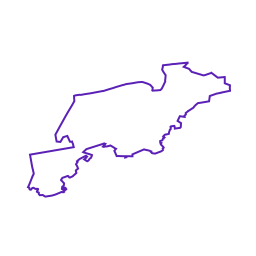 Sīļukalna pag., Riebinu, Latvia, rotated 353°
{"feature_id": "27541924B52460704255524", "entity_name": "Sīļukalna pag.", "entity_type": "district", "adm_level": 2, "iso_a3": "LVA", "parent_name": "Latvia", "parent_adm1": "Riebinu", "projection": "equal_earth", "projection_center": [26.662, 56.5], "detail": "fine", "context": "isolated", "style": "outline", "palette": "violet", "viewbox_px": 256, "rotation_deg": 353, "n_neighbors": 0, "source": "geoboundaries", "source_scale": "gbopen_adm2", "svg_char_len": 5128}
<svg xmlns="http://www.w3.org/2000/svg" viewBox="0 0 256 256"><g transform="rotate(353 128 128)"><path d="M69.2,167.8L71.3,166.3L71.0,164.3L71.1,163.7L73.5,162.2L73.0,160.2L72.0,157.6L72.5,157.1L72.6,156.9L73.6,155.8L73.7,155.7L73.5,155.4L73.3,154.8L74.3,154.3L74.3,154.1L76.4,152.8L76.7,152.7L82.3,150.6L82.9,150.4L83.8,151.3L83.6,151.4L83.7,151.5L83.5,151.8L83.1,152.1L82.9,152.1L82.9,152.4L82.7,152.5L82.4,152.8L82.1,152.9L80.7,153.8L83.4,156.0L84.8,155.5L86.2,153.8L87.7,153.0L87.8,152.9L87.9,152.7L88.8,150.9L88.9,150.4L87.8,149.9L87.5,149.7L84.4,148.3L81.4,147.0L80.6,146.5L82.8,144.9L83.9,144.1L84.1,143.9L99.7,141.0L100.3,140.9L102.5,140.4L103.6,141.0L100.9,143.4L101.1,143.5L101.7,143.8L103.6,143.5L104.2,143.7L104.9,143.7L106.7,143.5L108.4,143.2L108.5,143.3L109.6,144.1L110.5,144.8L112.8,146.7L113.3,147.1L113.5,147.2L111.7,149.0L112.9,153.0L113.1,153.5L113.3,154.5L116.0,154.8L119.6,155.4L120.4,155.5L122.2,155.7L121.7,156.9L122.9,156.8L123.8,155.9L129.0,156.6L129.2,154.7L138.8,151.9L141.3,151.2L141.4,151.3L146.2,153.0L148.2,154.1L147.8,154.6L148.4,155.3L148.7,155.8L149.1,156.0L150.2,156.3L151.3,156.6L151.9,156.7L158.1,155.2L160.5,153.9L160.4,153.9L160.2,153.5L160.5,152.6L160.2,152.4L161.0,151.7L160.5,150.8L158.9,148.7L158.6,148.3L159.3,147.0L158.2,146.6L158.3,144.9L159.0,144.7L159.9,144.6L160.7,144.3L160.9,143.8L161.2,143.1L161.6,142.6L162.2,142.7L162.3,142.5L162.5,141.9L162.8,141.8L162.2,141.3L162.5,140.8L162.1,140.5L163.3,139.6L163.7,139.3L163.7,139.2L164.4,139.0L165.0,139.1L165.9,139.0L167.8,138.8L168.3,137.0L169.2,135.3L169.3,134.9L170.1,134.5L170.2,133.9L170.4,133.5L170.3,133.1L170.6,132.5L170.4,131.9L170.9,131.6L174.2,131.5L174.3,131.6L174.4,132.2L174.4,134.3L179.7,134.2L180.3,133.7L180.5,133.5L181.2,129.6L178.8,127.6L178.1,127.0L178.4,126.6L179.4,124.9L180.9,122.6L181.0,122.6L185.6,123.9L185.6,122.6L187.0,121.7L187.1,121.4L187.1,120.2L189.7,118.6L189.8,118.4L190.1,118.4L192.7,117.1L195.2,115.9L195.4,115.8L196.3,114.8L196.5,114.6L198.1,113.3L200.5,111.8L202.8,111.8L211.7,111.4L213.1,106.2L216.8,105.4L219.9,104.7L225.1,104.3L225.1,104.2L233.8,103.5L233.9,100.8L234.4,98.0L229.5,95.4L230.1,90.6L230.1,90.2L230.2,89.7L230.2,89.2L223.3,89.0L218.2,84.1L217.5,83.4L217.4,83.5L215.9,83.8L211.2,84.8L209.5,85.0L208.7,84.7L204.1,82.7L203.2,82.3L200.3,81.0L199.8,80.8L198.1,80.1L197.9,79.9L197.8,79.6L197.7,79.4L197.4,79.0L197.2,78.8L197.0,78.7L196.6,77.9L196.3,77.4L195.9,76.9L195.8,76.7L190.8,74.1L192.6,72.8L194.7,71.0L194.9,70.8L195.0,70.7L196.0,70.4L190.1,70.3L187.0,70.2L183.6,70.2L179.8,70.0L176.6,70.1L170.4,70.0L170.1,70.8L170.1,71.2L170.0,71.7L169.0,74.2L169.8,76.2L170.9,78.5L171.8,80.1L171.4,82.1L171.1,83.6L170.9,84.2L170.6,85.6L170.6,86.4L170.4,86.8L169.9,87.5L168.1,90.4L166.2,93.2L164.7,94.3L161.5,94.2L159.9,94.1L158.7,94.0L158.3,94.0L156.9,93.9L156.7,93.7L157.5,91.0L155.3,87.9L152.7,86.3L148.6,84.4L147.6,84.0L143.6,83.8L140.9,83.9L139.8,84.0L137.3,84.1L131.6,84.2L128.7,84.7L128.0,84.7L126.4,85.0L119.9,86.1L119.7,86.2L117.1,86.7L115.7,86.9L113.3,87.3L108.0,88.3L107.6,88.2L95.0,89.0L91.5,89.1L88.1,89.2L85.4,89.4L83.5,89.1L80.1,89.2L78.4,89.5L78.3,90.2L78.2,91.4L78.0,94.8L77.5,95.5L75.0,98.9L70.0,105.3L67.1,109.2L59.6,119.5L56.9,123.3L55.1,125.8L55.5,132.7L59.2,133.6L62.6,129.2L66.8,128.5L68.7,134.5L70.5,134.8L70.8,134.7L70.9,135.2L70.9,135.4L71.2,136.3L71.4,137.1L71.8,140.4L27.5,142.5L28.1,154.0L28.2,155.3L28.5,157.8L28.9,161.6L28.8,161.8L28.5,162.5L28.4,162.7L27.9,163.4L28.0,163.4L27.5,164.2L27.4,164.2L26.8,165.4L26.6,165.8L26.6,165.7L23.1,172.1L21.6,174.5L21.9,174.6L22.2,174.8L22.6,175.2L22.7,175.3L22.6,175.9L22.8,176.5L22.9,176.9L23.1,177.1L23.5,177.3L23.9,177.4L24.2,177.3L24.5,177.2L25.0,176.5L25.1,176.4L25.3,176.2L25.5,176.1L26.0,175.9L26.5,175.8L27.0,175.9L27.5,176.2L27.8,176.6L28.1,176.8L28.9,177.2L29.3,177.3L29.9,177.2L31.0,177.4L31.2,177.5L31.3,177.7L31.3,177.8L31.3,178.0L31.1,178.3L30.7,178.7L30.6,178.8L30.3,179.2L29.9,179.7L29.9,179.8L29.8,180.1L30.0,180.4L30.7,180.7L31.3,181.0L31.5,181.1L31.6,181.3L31.6,181.5L31.4,182.2L31.4,182.5L31.5,182.6L31.6,182.9L31.8,183.2L31.9,183.5L32.2,183.7L32.3,183.9L32.5,183.9L32.9,184.0L34.9,184.1L35.1,184.1L35.3,184.2L35.5,184.4L36.0,184.7L36.2,185.0L36.7,185.4L37.6,186.0L38.8,186.0L41.3,185.9L42.0,185.9L44.3,185.8L47.9,185.2L48.9,184.9L52.9,183.8L54.0,183.4L55.4,183.8L56.4,183.9L56.6,183.7L56.9,183.5L56.9,183.4L56.7,183.3L56.2,182.8L56.3,182.4L56.6,182.2L57.2,182.2L57.5,182.2L57.8,182.1L58.9,181.5L59.2,181.3L59.3,181.2L59.0,180.7L58.6,179.8L58.4,179.7L57.8,179.5L57.5,179.5L57.3,179.5L57.5,179.8L57.4,179.9L57.1,180.0L57.5,180.1L57.5,180.3L57.5,180.5L57.2,180.7L57.1,180.8L56.5,180.8L56.1,181.0L55.9,181.0L55.5,180.7L55.3,180.3L55.1,180.3L55.5,178.4L55.7,178.2L56.2,177.9L57.0,177.6L57.3,177.2L57.6,175.9L57.7,175.6L57.8,175.1L57.6,174.9L57.5,174.7L57.1,174.2L56.7,173.6L56.1,172.7L55.4,171.9L55.2,171.6L55.2,171.4L56.1,170.3L56.6,169.7L56.8,169.6L57.1,169.4L59.2,169.0L60.8,168.6L61.2,168.5L62.1,168.3L62.3,168.3L62.6,168.3L62.9,168.6L63.0,168.7L63.0,168.9L63.7,169.9L64.0,170.0L64.3,170.1L66.6,169.4L67.0,169.3L67.3,169.2L67.8,168.7L69.2,167.8Z" fill="none" stroke="#5b21b6" stroke-width="2"/></g></svg>